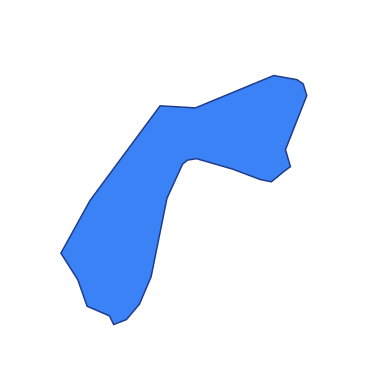 outline of San Antonio Aguas Calientes, Sacatepéquez, Guatemala, rotated 247°
{"feature_id": "79465075B38855532318009", "entity_name": "San Antonio Aguas Calientes", "entity_type": "district", "adm_level": 2, "iso_a3": "GTM", "parent_name": "Guatemala", "parent_adm1": "Sacatepéquez", "projection": "equal_earth", "projection_center": [-90.785, 14.552], "detail": "fine", "context": "isolated", "style": "filled", "palette": "blue", "viewbox_px": 384, "rotation_deg": 247, "n_neighbors": 0, "source": "geoboundaries", "source_scale": "gbopen_adm2", "svg_char_len": 486}
<svg xmlns="http://www.w3.org/2000/svg" viewBox="0 0 384 384"><g transform="rotate(247 192 192)"><path d="M186.9,47.4L155.7,52.6L127.8,50.8L110.2,67.6L100.6,68.1L100.2,81.8L109.3,99.8L129.9,121.2L196.0,166.5L221.4,194.3L223.1,200.6L220.8,209.3L197.2,238.3L176.8,259.7L170.4,269.0L172.8,277.4L174.7,283.4L176.9,292.5L194.5,294.6L235.9,335.3L248.0,336.6L254.3,332.6L267.3,312.7L268.1,228.0L283.8,196.3L224.1,94.9L186.9,47.4Z" fill="#3b82f6" stroke="#1e3a8a" stroke-width="1.5"/></g></svg>